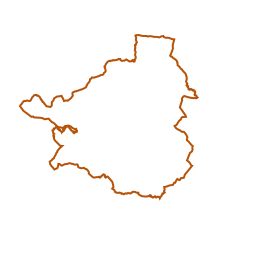 the district of Ajumako-enyan-essiam, Central, Ghana, rotated 329°
{"feature_id": "2480657B3117094904377", "entity_name": "Ajumako-enyan-essiam", "entity_type": "district", "adm_level": 2, "iso_a3": "GHA", "parent_name": "Ghana", "parent_adm1": "Central", "projection": "mercator", "projection_center": [-1.0, 5.413], "detail": "fine", "context": "isolated", "style": "outline", "palette": "amber", "viewbox_px": 256, "rotation_deg": 329, "n_neighbors": 0, "source": "geoboundaries", "source_scale": "gbopen_adm2", "svg_char_len": 5679}
<svg xmlns="http://www.w3.org/2000/svg" viewBox="0 0 256 256"><g transform="rotate(329 128 128)"><path d="M119.0,204.7L120.6,203.7L121.4,203.7L122.9,202.4L123.5,202.6L124.0,202.0L124.3,202.3L125.0,202.1L125.6,202.3L126.2,202.2L126.1,201.0L126.8,200.3L127.6,199.9L128.6,197.2L130.6,198.0L133.6,198.5L137.3,199.9L139.1,198.8L139.7,198.8L140.2,199.2L142.4,197.8L144.0,197.1L144.7,198.5L145.5,199.2L146.6,198.9L147.2,198.3L147.7,198.3L150.2,199.4L152.7,197.3L163.5,193.4L163.0,192.6L162.9,188.9L161.9,186.2L168.2,181.3L170.7,181.0L172.2,179.8L173.0,178.0L174.2,176.8L173.6,175.3L173.0,171.0L172.3,169.0L172.5,168.2L174.1,166.6L174.5,163.9L174.2,161.0L173.8,159.9L172.4,159.2L171.9,158.4L171.6,157.3L169.8,154.5L169.0,152.5L169.0,150.2L171.1,150.4L175.7,148.1L177.6,147.9L179.3,146.7L179.8,146.6L180.9,146.9L183.4,148.3L183.8,146.7L183.1,137.0L187.9,132.8L188.6,132.3L189.2,130.8L190.1,130.1L191.9,129.5L192.7,129.6L195.9,133.1L197.2,134.1L197.3,134.4L199.2,136.0L201.3,137.1L201.8,137.7L203.3,137.7L203.0,136.2L203.3,135.4L202.8,134.7L202.2,134.4L202.4,134.1L202.3,133.7L203.3,132.8L203.4,132.2L204.2,131.8L204.3,130.9L203.2,129.7L203.6,129.3L203.0,129.1L203.1,128.6L202.6,128.3L202.7,128.0L202.3,127.2L201.5,127.2L201.3,126.6L201.1,126.6L200.3,126.8L199.9,126.0L200.3,125.8L200.4,124.9L200.2,124.1L200.9,123.3L200.6,123.1L200.7,122.7L200.4,122.7L200.5,122.3L200.3,122.0L200.5,121.7L200.3,121.4L201.7,120.5L201.6,119.2L201.8,117.9L203.2,116.8L203.8,115.9L204.7,113.9L205.3,111.1L204.4,107.0L204.5,105.8L203.8,104.5L203.5,101.3L202.8,99.9L203.9,97.9L203.8,97.3L204.3,96.6L204.3,95.2L204.0,93.8L202.6,90.9L202.4,89.4L201.8,89.1L201.4,88.3L201.4,87.8L201.6,87.4L202.5,87.0L206.7,83.7L207.7,82.6L208.5,80.8L209.5,79.5L213.3,75.9L211.4,74.3L209.3,71.6L206.5,69.8L205.7,68.6L205.6,67.3L203.8,66.7L201.3,66.4L199.9,64.9L197.4,63.4L195.0,61.2L193.2,60.1L192.2,59.9L191.3,58.7L188.2,56.9L185.1,53.9L183.8,53.1L182.1,52.5L181.9,52.7L181.4,55.1L180.1,56.5L180.0,57.6L179.8,58.1L179.7,59.2L178.5,59.7L177.5,60.8L177.2,60.9L176.7,60.6L176.6,60.8L176.1,61.6L176.0,62.3L175.3,63.3L175.1,63.3L174.8,64.1L173.9,64.8L173.7,66.9L171.8,68.8L171.1,71.4L170.0,72.5L169.1,72.7L168.4,73.9L167.8,74.4L167.1,74.0L167.4,73.1L167.2,72.2L166.3,72.2L165.8,72.6L164.5,72.3L164.2,71.9L163.5,71.7L161.9,68.4L159.6,68.4L158.8,67.9L157.8,67.6L157.2,67.2L156.6,66.0L156.9,64.9L156.3,64.6L155.5,63.9L154.0,64.1L150.8,62.8L150.2,62.1L149.1,62.1L148.1,61.5L147.5,61.6L146.9,60.9L145.5,60.7L144.3,60.9L142.1,61.7L140.4,63.0L139.6,63.1L139.6,63.9L139.1,64.2L139.0,65.5L138.3,67.6L137.3,68.2L135.8,68.4L134.4,69.3L133.2,69.3L131.9,68.6L130.2,68.6L125.0,67.4L123.1,66.1L122.3,66.7L120.6,66.6L119.1,68.3L115.7,69.5L115.1,70.1L114.3,70.3L113.4,71.3L111.9,71.5L109.0,71.2L102.4,69.8L101.9,69.4L99.1,69.1L98.7,69.2L98.2,69.6L97.3,71.9L94.7,73.0L92.3,73.4L91.1,73.3L90.4,73.6L88.9,72.4L87.0,71.9L87.5,69.3L87.4,67.8L87.6,66.2L85.0,65.3L83.5,64.5L80.1,64.5L78.1,66.0L75.9,66.7L74.4,69.3L73.5,69.8L72.3,70.0L69.2,67.2L69.1,65.0L68.8,64.0L68.9,62.6L68.2,61.9L68.3,60.5L68.5,60.4L68.1,59.0L68.3,58.9L68.3,58.3L68.1,58.1L68.3,56.0L68.1,55.1L67.6,54.0L66.7,53.6L66.7,52.6L65.6,52.0L64.6,51.6L61.5,52.5L58.4,54.4L57.1,53.9L55.6,52.4L53.9,52.1L52.8,51.3L51.1,51.7L49.9,52.4L47.4,53.1L46.7,53.8L47.2,59.4L51.0,68.7L52.6,69.3L52.9,70.5L58.0,74.0L59.4,75.2L60.4,76.4L60.9,77.5L64.4,78.9L64.8,79.2L65.7,83.7L66.6,84.8L67.1,85.9L68.1,89.9L68.5,90.6L68.6,91.5L70.3,92.5L71.0,93.4L72.6,94.3L73.1,94.5L74.9,93.9L77.9,95.1L78.9,96.0L79.9,97.5L80.2,98.9L82.1,102.0L83.1,102.1L82.7,103.3L82.9,104.1L82.2,104.7L82.1,104.8L81.8,104.2L81.3,104.6L80.7,104.4L79.8,104.6L80.1,103.5L79.9,103.3L78.8,103.7L78.8,103.2L79.2,102.6L78.7,102.3L78.1,100.9L78.2,100.1L77.9,99.7L78.0,99.1L77.7,97.6L78.1,96.2L77.8,96.2L77.0,95.6L75.4,95.3L74.0,95.9L73.4,95.2L73.1,95.3L72.8,96.1L72.1,95.6L71.7,95.7L71.6,96.1L71.9,97.1L71.5,97.4L70.7,97.3L69.4,97.6L69.8,97.0L69.0,96.7L68.4,96.0L68.8,94.8L67.8,94.1L67.8,93.5L68.1,93.2L67.6,93.2L67.2,92.6L67.4,92.2L68.2,91.4L68.0,91.2L67.6,91.4L67.3,90.7L67.4,90.3L67.1,89.9L66.9,90.2L65.8,90.5L65.1,90.6L64.3,90.3L64.1,90.8L63.7,90.6L63.3,91.2L62.7,91.4L62.0,91.2L61.4,93.9L61.7,94.9L60.9,94.9L60.6,95.6L60.1,96.1L60.5,96.9L60.3,97.2L59.8,97.3L59.8,97.9L59.1,98.6L58.9,101.0L60.8,108.5L62.3,109.5L58.3,110.3L56.0,111.2L55.4,111.5L55.1,112.0L53.9,112.4L52.0,113.8L49.9,114.9L48.7,115.9L48.2,115.9L47.4,115.7L45.9,116.4L43.6,116.5L42.7,118.7L42.8,121.6L43.3,123.2L43.4,125.2L43.6,125.7L46.7,126.0L48.2,124.9L49.9,122.9L50.8,123.6L51.3,125.4L51.9,126.2L55.3,126.5L57.4,127.5L59.4,127.9L60.1,128.3L61.4,129.8L62.2,130.3L62.8,131.3L63.8,132.2L65.7,133.0L65.9,134.0L65.2,135.6L65.8,136.9L67.1,138.4L69.7,139.5L70.3,141.0L71.2,141.8L71.6,143.4L71.8,145.0L71.5,146.1L70.9,146.9L72.6,152.3L73.9,153.3L75.7,153.9L76.3,154.4L78.0,154.8L78.1,155.4L78.7,155.7L78.6,156.1L79.0,156.1L79.3,155.7L79.8,155.6L80.4,155.8L80.9,155.4L83.2,155.1L83.5,155.4L83.6,156.3L84.0,156.8L83.1,157.6L83.1,158.4L83.4,159.1L84.5,158.9L85.6,159.2L86.8,166.0L85.8,169.6L85.1,171.1L83.2,171.9L84.3,174.0L84.0,176.5L84.7,177.0L84.9,177.6L86.2,178.6L87.2,178.8L87.7,179.5L88.4,179.9L88.6,181.1L89.4,181.2L90.3,182.7L92.0,182.6L93.3,183.7L94.0,183.6L94.6,183.8L96.4,185.4L97.1,185.3L97.9,185.5L98.7,185.1L99.1,185.1L100.4,185.8L100.9,186.5L101.4,186.7L102.0,187.7L102.7,188.5L103.5,188.8L102.9,190.3L104.6,193.4L106.8,195.2L109.4,196.7L111.1,197.0L111.5,197.7L111.8,197.3L112.2,197.4L112.4,197.1L112.9,197.7L112.6,198.5L112.9,198.9L112.9,199.4L113.3,199.6L113.5,200.4L114.9,200.3L115.2,200.4L115.4,200.8L115.6,200.7L115.7,201.0L116.1,200.8L116.3,202.0L117.2,202.2L118.0,202.1L119.0,202.9L119.2,203.3L119.0,204.7Z" fill="none" stroke="#b45309" stroke-width="2"/></g></svg>